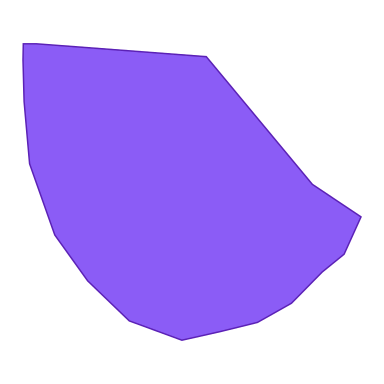 Namoya, Maniema, Democratic Republic of the Congo (Equal Earth projection)
{"feature_id": "63176286B36790783393673", "entity_name": "Namoya", "entity_type": "district", "adm_level": 2, "iso_a3": "COD", "parent_name": "Democratic Republic of the Congo", "parent_adm1": "Maniema", "projection": "equal_earth", "projection_center": [27.577, -4.011], "detail": "fine", "context": "isolated", "style": "filled", "palette": "violet", "viewbox_px": 384, "rotation_deg": 0, "n_neighbors": 0, "source": "geoboundaries", "source_scale": "gbopen_adm2", "svg_char_len": 337}
<svg xmlns="http://www.w3.org/2000/svg" viewBox="0 0 384 384"><path d="M361.0,216.9L312.4,184.4L206.3,56.7L36.3,43.8L23.3,43.8L23.0,60.0L24.1,101.6L29.6,163.8L54.8,235.0L87.7,280.9L129.3,320.9L181.9,340.2L221.4,331.3L257.5,322.4L291.5,303.2L322.2,272.0L344.1,254.2L361.0,216.9Z" fill="#8b5cf6" stroke="#5b21b6" stroke-width="1.5"/></svg>